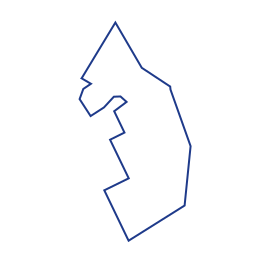 the district of 51, Ar Rayyān, Qatar, rotated 239°
{"feature_id": "91078587B34371380976540", "entity_name": "51", "entity_type": "district", "adm_level": 2, "iso_a3": "QAT", "parent_name": "Qatar", "parent_adm1": "Ar Rayyān", "projection": "robinson", "projection_center": [51.403, 25.348], "detail": "fine", "context": "isolated", "style": "outline", "palette": "blue", "viewbox_px": 256, "rotation_deg": 239, "n_neighbors": 0, "source": "geoboundaries", "source_scale": "gbopen_adm2", "svg_char_len": 467}
<svg xmlns="http://www.w3.org/2000/svg" viewBox="0 0 256 256"><g transform="rotate(239 128 128)"><path d="M31.1,70.5L32.4,136.6L80.2,172.3L139.0,184.2L141.8,185.5L172.5,170.8L224.9,171.5L212.4,147.8L205.6,134.9L194.6,114.1L194.5,113.8L185.0,119.0L184.5,109.8L177.7,101.4L157.5,102.1L158.0,118.0L162.1,132.0L158.9,137.8L151.1,140.2L149.5,124.8L125.9,122.6L127.2,106.6L84.5,102.7L86.8,75.6L33.8,70.7L31.1,70.5Z" fill="none" stroke="#1e3a8a" stroke-width="2"/></g></svg>